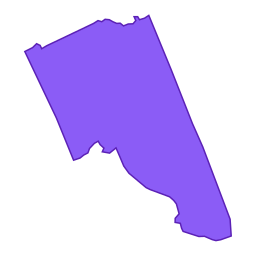 São Bento do Trairí, Rio Grande do Norte, Brazil
{"feature_id": "56859067B1247516592895", "entity_name": "São Bento do Trairí", "entity_type": "district", "adm_level": 2, "iso_a3": "BRA", "parent_name": "Brazil", "parent_adm1": "Rio Grande do Norte", "projection": "albers", "projection_center": [-36.048, -6.394], "detail": "fine", "context": "isolated", "style": "filled", "palette": "violet", "viewbox_px": 256, "rotation_deg": 0, "n_neighbors": 0, "source": "geoboundaries", "source_scale": "gbopen_adm2", "svg_char_len": 847}
<svg xmlns="http://www.w3.org/2000/svg" viewBox="0 0 256 256"><path d="M73.6,160.2L80.1,158.0L83.8,155.0L87.9,152.9L89.5,148.5L94.4,143.3L98.2,141.2L100.1,144.6L103.9,148.1L102.3,151.8L109.6,153.1L116.0,147.9L119.7,156.4L123.8,166.1L129.0,173.3L146.1,187.6L150.2,189.6L169.6,196.8L173.7,200.4L176.4,203.9L179.1,213.8L175.2,218.3L175.1,222.4L180.3,223.3L181.6,228.3L183.1,231.4L189.6,233.5L198.9,236.5L204.5,236.3L212.2,239.6L215.9,240.6L220.8,239.7L231.2,236.0L230.1,219.2L227.0,211.0L202.8,147.0L192.4,123.5L171.3,70.0L148.8,15.4L144.5,18.2L139.5,19.7L137.7,16.7L134.1,16.7L135.8,20.6L133.0,23.8L128.2,24.0L123.5,25.9L120.2,23.2L116.7,23.4L112.8,21.7L109.3,19.7L105.1,19.3L101.8,21.7L98.0,20.6L93.6,23.4L46.8,45.7L41.7,48.7L40.1,45.4L36.6,43.7L32.6,47.6L24.8,51.5L56.4,118.0L73.6,160.2Z" fill="#8b5cf6" stroke="#5b21b6" stroke-width="1.5"/></svg>